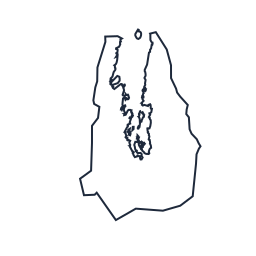 Porsáŋgu sme 2, Finnmark, Norway, rotated 335°
{"feature_id": "86288312B48399951224278", "entity_name": "Porsáŋgu sme 2", "entity_type": "district", "adm_level": 2, "iso_a3": "NOR", "parent_name": "Norway", "parent_adm1": "Finnmark", "projection": "albers", "projection_center": [25.158, 70.243], "detail": "fine", "context": "isolated", "style": "outline", "palette": "slate", "viewbox_px": 256, "rotation_deg": 335, "n_neighbors": 0, "source": "geoboundaries", "source_scale": "gbopen_adm2", "svg_char_len": 5975}
<svg xmlns="http://www.w3.org/2000/svg" viewBox="0 0 256 256"><g transform="rotate(335 128 128)"><path d="M193.7,52.9L187.9,51.8L187.9,52.4L185.5,57.7L185.6,59.6L185.9,60.8L186.3,61.0L186.0,61.9L185.2,62.8L184.7,62.5L182.5,65.7L181.1,66.4L180.2,68.3L178.9,68.5L172.1,78.6L167.7,82.4L167.1,83.9L167.3,84.5L166.7,86.6L166.0,88.1L164.2,89.4L164.0,90.1L164.3,91.5L164.1,92.1L162.2,94.9L161.9,96.2L160.2,97.4L159.5,98.5L160.5,98.9L160.2,99.7L160.7,100.3L159.6,101.2L160.0,101.3L159.8,101.6L159.2,101.8L159.0,101.2L158.5,101.2L158.5,99.6L157.9,99.4L157.1,100.0L156.9,100.5L157.1,102.1L157.0,103.0L156.5,103.1L155.8,103.8L155.2,104.9L155.4,105.9L155.2,106.3L154.3,105.2L153.4,106.4L153.8,107.5L153.3,108.2L153.6,110.0L150.9,111.0L151.2,111.2L151.0,112.2L150.4,112.8L150.9,113.9L152.6,114.0L155.4,116.5L156.2,115.7L158.1,115.8L158.2,116.6L157.7,117.0L157.9,117.6L157.0,119.5L157.0,120.2L157.8,120.7L155.8,123.5L154.3,124.0L153.6,123.7L153.5,123.9L154.0,124.2L153.8,125.3L151.6,126.8L151.8,127.1L151.6,127.7L152.0,128.1L151.7,128.7L151.6,129.6L151.9,130.5L150.9,132.9L149.0,135.7L147.3,137.4L145.7,137.1L145.8,135.8L145.3,136.7L144.5,139.0L144.6,139.9L144.1,140.2L144.1,141.1L144.5,141.8L144.5,142.3L143.8,143.3L143.9,144.1L143.7,144.9L141.9,147.1L142.1,147.7L142.6,148.0L141.9,150.5L141.2,151.5L141.4,152.2L141.2,153.9L140.6,155.7L139.1,156.0L138.0,156.9L136.9,158.2L136.9,158.8L136.5,159.0L136.5,160.0L135.7,160.3L133.5,159.1L132.3,157.7L132.3,156.7L131.3,154.4L131.8,152.7L131.4,151.9L130.9,152.1L131.0,150.6L133.4,151.5L134.2,150.2L134.3,149.4L134.8,150.2L136.6,149.4L136.3,148.7L136.4,148.2L135.4,147.9L134.8,146.6L134.1,147.8L134.3,146.8L134.1,146.6L133.4,148.6L132.5,149.5L130.8,150.1L130.7,149.6L130.7,147.9L131.6,145.3L131.9,145.2L131.8,146.6L132.9,146.5L132.6,145.2L132.4,142.6L134.0,141.1L133.7,140.8L133.9,139.9L133.5,138.6L132.7,140.1L132.3,140.1L132.4,140.8L131.6,141.4L132.2,142.0L131.6,143.1L131.8,143.4L131.1,144.5L130.4,144.6L128.8,143.6L126.5,146.0L126.3,147.7L125.6,150.1L125.6,151.3L126.3,152.1L125.6,152.5L125.9,152.8L125.7,153.8L126.2,154.1L126.3,154.8L128.8,155.9L129.3,156.9L129.3,157.6L128.5,159.2L128.8,160.9L127.0,162.2L126.1,161.8L126.1,160.8L126.7,159.3L126.4,158.6L126.6,158.4L125.4,157.8L125.1,156.0L125.1,157.7L121.9,157.3L121.6,155.2L121.7,153.8L122.1,152.9L122.6,152.6L121.9,152.4L122.5,151.4L122.0,150.9L122.2,150.4L121.9,149.0L122.0,147.5L121.7,146.6L122.2,145.2L121.9,144.8L122.5,144.8L122.9,144.2L122.8,143.3L123.1,141.7L124.6,140.5L123.5,139.1L122.8,139.3L122.7,139.2L123.1,139.0L122.6,138.6L123.0,138.2L122.5,137.4L123.0,136.8L122.3,136.7L122.0,135.6L122.1,135.4L122.0,135.2L123.5,134.5L123.2,133.7L123.5,132.1L122.8,132.4L123.7,131.4L123.6,130.5L123.2,130.2L127.5,126.9L128.2,126.8L128.9,126.1L128.7,125.4L129.1,124.8L131.6,124.9L131.5,124.5L132.0,124.3L132.0,123.5L134.3,121.2L133.5,119.6L134.4,119.1L134.9,119.7L134.6,120.3L135.1,120.3L136.2,119.1L136.1,119.8L136.6,119.7L137.7,118.8L137.5,118.3L137.6,118.1L137.1,117.9L138.1,116.9L138.1,116.4L137.8,116.5L137.6,115.8L137.6,115.2L138.4,113.8L138.0,113.8L138.2,113.3L138.1,112.8L136.4,111.9L135.2,112.1L131.5,115.0L130.8,114.9L130.9,114.4L130.9,114.1L130.7,114.0L130.8,114.2L130.3,114.5L130.2,114.5L131.8,112.4L131.6,111.6L131.9,109.7L133.7,107.5L134.2,107.4L133.9,107.0L134.8,106.4L134.7,106.3L133.9,106.9L133.8,106.6L134.0,106.4L133.7,106.4L133.7,106.8L131.1,108.8L130.6,108.4L130.0,109.0L129.9,108.2L129.5,108.1L130.1,107.2L132.7,105.7L132.9,105.3L132.8,104.6L133.7,102.9L136.0,99.1L138.2,98.5L138.0,99.2L138.4,99.5L137.7,100.3L137.6,101.5L139.5,100.8L139.8,101.8L140.5,102.0L141.7,101.1L142.1,98.3L142.0,97.8L141.3,98.0L140.2,97.2L140.4,96.9L140.3,96.5L140.1,97.2L138.5,97.2L137.2,96.3L137.1,95.7L140.4,92.1L140.8,90.0L141.2,89.3L140.8,89.2L141.0,88.5L141.5,88.2L142.1,88.7L142.7,88.4L142.6,88.2L143.0,87.7L142.8,87.6L144.0,87.7L142.5,86.7L142.7,87.0L142.5,87.5L140.8,87.6L140.7,86.6L141.1,86.7L140.8,86.4L140.9,85.5L140.0,85.1L132.1,86.9L131.3,85.4L132.0,84.5L131.2,83.9L131.3,83.3L132.0,83.0L131.9,82.6L132.2,82.4L137.6,83.0L140.4,81.6L141.3,79.7L141.8,77.9L140.3,76.3L133.9,78.8L131.9,78.7L132.4,79.5L131.6,80.3L131.4,81.1L129.9,81.2L131.0,80.6L131.0,79.7L131.8,78.6L131.9,77.8L132.4,77.1L133.6,77.6L133.7,77.3L132.8,76.4L133.2,75.7L135.6,74.9L138.6,71.3L141.2,69.8L141.9,68.5L141.6,68.0L142.4,66.0L142.1,65.4L143.9,65.0L145.2,64.0L146.9,61.8L148.9,58.4L147.3,58.4L149.7,56.8L149.8,56.5L148.9,55.5L149.1,55.1L150.3,55.0L151.5,53.1L151.7,52.5L151.4,52.1L150.6,51.4L150.9,50.7L154.3,50.6L156.4,48.8L156.6,47.7L157.3,46.5L158.1,46.6L158.2,45.3L158.6,44.5L160.3,44.3L157.4,40.4L146.0,35.5L143.9,40.4L125.9,60.2L119.8,72.7L115.6,77.3L108.3,88.3L107.5,91.9L111.0,96.7L105.1,106.2L96.3,110.8L89.0,126.4L76.5,151.1L63.1,153.7L59.7,170.3L69.6,174.4L72.3,173.4L78.1,206.3L101.0,204.4L124.7,217.7L142.5,220.5L157.8,217.2L174.5,189.2L179.0,180.8L183.5,176.7L186.0,175.2L185.6,171.8L185.6,167.2L183.2,160.0L183.3,155.2L187.7,144.0L186.7,140.0L189.0,136.0L191.9,132.4L188.6,121.7L187.5,116.6L188.2,112.7L188.1,101.0L193.5,89.3L196.3,73.2L193.7,52.9ZM175.1,51.7L177.2,51.3L178.4,50.2L179.2,49.2L179.9,47.7L180.0,46.9L179.8,46.0L178.6,45.0L179.2,43.6L178.7,43.0L174.5,45.8L173.8,46.9L173.7,48.3L173.9,50.3L174.2,50.9L175.1,51.7ZM145.9,119.1L146.1,118.0L145.8,118.0L145.5,119.1L145.1,118.9L143.9,119.8L143.7,120.3L144.0,120.9L142.9,122.0L142.3,122.1L142.6,122.6L142.4,123.3L142.6,123.8L142.3,125.1L141.1,128.0L143.0,127.9L143.3,127.2L146.2,124.6L147.1,124.6L147.8,123.5L147.5,123.5L147.6,122.0L148.1,121.6L148.0,120.9L147.7,120.8L147.9,120.4L147.9,119.8L146.8,119.9L145.9,119.1ZM140.0,130.2L138.1,130.9L136.8,132.2L136.9,132.9L137.4,132.9L138.4,131.8L138.9,131.9L140.0,130.2ZM127.2,133.8L127.2,132.9L126.7,132.8L125.9,134.5L126.8,135.5L127.2,135.1L127.1,134.6L127.9,134.3L128.1,133.3L127.2,133.8ZM129.3,129.5L127.6,129.7L126.6,131.4L126.1,131.4L126.3,131.8L127.8,131.4L129.3,129.5ZM131.1,131.8L132.6,131.3L133.6,129.3L132.9,129.0L131.1,131.8Z" fill="none" stroke="#1e293b" stroke-width="2"/></g></svg>